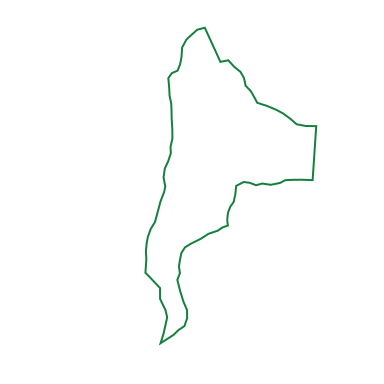 outline of Trabiju, São Paulo, Brazil, rotated 305°
{"feature_id": "56859067B68182867271292", "entity_name": "Trabiju", "entity_type": "district", "adm_level": 2, "iso_a3": "BRA", "parent_name": "Brazil", "parent_adm1": "São Paulo", "projection": "mercator", "projection_center": [-48.36, -22.031], "detail": "fine", "context": "isolated", "style": "outline", "palette": "green", "viewbox_px": 384, "rotation_deg": 305, "n_neighbors": 0, "source": "geoboundaries", "source_scale": "gbopen_adm2", "svg_char_len": 1253}
<svg xmlns="http://www.w3.org/2000/svg" viewBox="0 0 384 384"><g transform="rotate(305 192 192)"><path d="M50.1,253.0L56.0,255.4L64.3,258.8L71.1,260.1L77.9,262.7L85.8,260.4L92.4,255.7L97.4,247.7L103.8,239.4L111.6,230.4L118.7,228.6L123.4,224.1L128.4,221.6L135.8,218.3L142.6,218.0L149.4,220.9L158.6,226.0L167.1,229.4L175.1,235.3L180.1,237.1L185.1,240.6L189.4,236.8L195.8,233.3L202.0,231.8L207.9,231.8L214.9,228.8L222.4,224.7L229.8,228.6L232.6,233.9L234.3,240.6L239.2,244.7L243.1,252.4L249.9,258.9L255.2,261.6L260.2,268.1L265.2,275.2L270.9,284.0L317.2,256.0L311.3,247.3L307.5,238.8L308.4,230.4L308.6,221.6L307.7,214.2L305.6,204.3L302.5,194.4L308.3,182.6L309.8,175.0L315.1,169.3L318.2,162.9L318.8,154.7L320.7,146.2L314.9,140.6L333.9,108.3L327.9,103.2L321.1,101.6L313.9,100.0L304.8,101.0L296.3,106.1L289.8,109.0L283.2,110.6L277.7,107.3L271.7,107.3L264.7,113.2L257.9,118.5L252.6,124.2L246.6,128.8L240.4,133.3L232.1,139.9L224.5,145.3L216.5,148.6L211.7,152.4L203.4,154.9L195.8,156.2L187.7,160.3L181.1,167.0L176.0,169.2L166.2,171.6L146.2,178.9L137.9,179.4L129.6,181.7L123.6,184.5L116.9,188.3L110.7,193.2L99.1,200.2L97.9,206.8L95.0,220.9L86.1,227.2L80.2,237.8L75.2,243.5L67.5,246.7L59.8,249.9L50.1,253.0Z" fill="none" stroke="#15803d" stroke-width="2"/></g></svg>